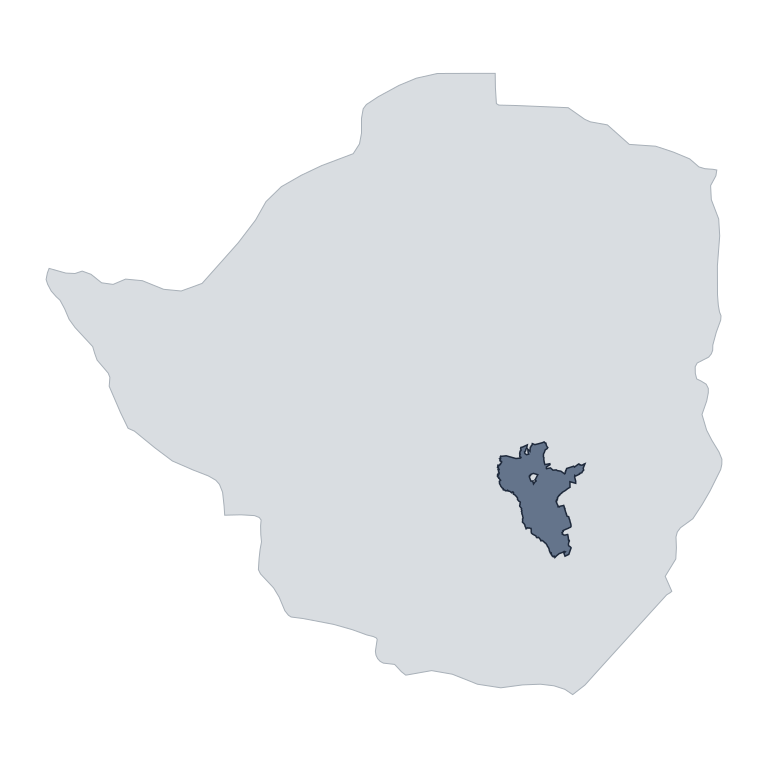 Masvingo, Masvingo, Zimbabwe shown in context
{"feature_id": "62879985B11590561680965", "entity_name": "Masvingo", "entity_type": "district", "adm_level": 2, "iso_a3": "ZWE", "parent_name": "Zimbabwe", "parent_adm1": "Masvingo", "projection": "mercator", "projection_center": [30.887, -20.31], "detail": "fine", "context": "in_parent", "style": "filled", "palette": "slate", "viewbox_px": 768, "rotation_deg": 0, "n_neighbors": 0, "source": "geoboundaries", "source_scale": "gbopen_adm2", "svg_char_len": 7982}
<svg xmlns="http://www.w3.org/2000/svg" viewBox="0 0 768 768"><path d="M572.7,694.6L564.8,689.3L554.0,685.8L540.4,684.2L522.6,684.9L500.8,687.8L477.4,684.2L452.3,674.2L431.6,670.6L406.8,675.0L405.7,675.1L401.4,671.7L394.6,664.4L383.3,663.1L380.2,661.4L377.7,658.7L376.0,655.2L375.4,651.3L377.2,639.3L376.2,637.9L373.2,636.5L367.0,635.0L352.1,629.6L333.3,624.3L302.9,618.5L291.1,617.0L288.4,615.2L284.9,610.8L279.1,597.0L273.6,587.9L260.5,573.9L258.4,569.6L259.1,558.5L260.1,549.5L261.5,541.9L260.8,534.8L260.6,525.9L261.1,520.0L259.3,517.5L254.5,515.6L241.0,514.8L224.7,515.2L224.1,506.2L222.6,492.3L219.5,484.4L215.8,480.2L208.3,475.9L193.1,470.0L172.4,461.0L154.7,447.7L134.4,431.1L128.1,428.3L120.6,412.8L109.2,386.3L109.9,377.4L108.2,373.1L97.1,360.1L94.7,353.4L92.7,346.6L75.1,327.6L69.1,319.3L64.6,308.7L60.0,300.2L56.2,296.7L51.2,291.0L47.7,284.4L46.1,279.5L47.4,272.9L49.1,268.4L65.9,273.1L75.0,273.5L82.2,271.1L91.0,274.3L101.6,282.8L113.1,284.4L125.6,279.1L142.4,280.7L163.6,289.3L181.2,291.0L202.1,283.4L220.8,262.4L238.3,242.7L255.6,220.0L266.0,201.6L281.3,186.7L301.4,175.2L321.9,165.5L353.2,153.7L359.5,143.9L361.5,133.2L361.5,118.4L363.2,108.8L366.4,104.5L371.6,101.1L378.4,96.6L399.0,85.4L416.3,78.2L437.3,73.5L460.4,73.4L482.6,73.4L495.2,73.4L495.4,87.6L496.4,103.6L498.8,105.1L515.5,105.5L542.3,106.6L568.2,107.7L584.7,119.3L590.2,121.8L607.4,124.9L629.3,144.4L655.6,146.2L673.7,152.2L689.7,158.9L698.9,166.9L704.9,168.7L712.9,169.3L716.8,170.0L715.9,175.8L710.6,185.6L711.3,199.6L718.7,219.0L719.7,235.9L717.4,265.8L717.5,294.8L718.3,305.1L719.5,312.0L721.0,315.8L720.7,320.1L716.3,332.2L712.8,345.1L712.7,350.2L711.3,353.9L708.7,357.1L697.2,363.0L695.2,366.7L695.3,373.3L696.7,378.9L701.0,381.0L706.2,384.2L708.3,388.4L708.3,392.8L706.7,401.0L702.0,414.5L706.6,430.1L711.8,440.2L719.0,452.0L721.9,459.2L721.8,464.4L720.7,469.5L710.0,491.0L702.3,504.3L692.9,518.7L680.5,527.7L677.3,532.0L676.0,536.9L676.4,547.7L675.8,559.0L665.2,576.3L671.8,591.3L670.3,592.6L666.7,594.8L651.4,611.6L635.9,628.7L624.6,641.2L611.7,655.4L597.3,671.3L585.0,685.0L572.7,694.6Z" fill="#d9dde1" stroke="#a8b0b8" stroke-width="1"/><path d="M585.0,463.7L583.6,464.3L582.4,465.1L581.1,465.2L580.2,464.9L580.1,464.7L579.8,464.7L579.5,464.6L578.9,463.9L578.0,464.4L574.4,467.1L573.7,466.2L566.6,468.5L566.4,469.5L566.1,469.9L566.1,470.3L565.7,470.6L565.7,471.2L565.4,471.6L565.5,471.9L565.3,472.0L565.1,473.0L565.2,473.4L564.6,473.9L560.9,471.2L557.3,470.6L556.3,469.9L553.0,470.2L550.5,467.9L546.5,468.7L546.3,468.2L546.5,467.8L546.4,466.9L550.0,464.7L549.8,463.7L544.9,464.6L544.4,462.9L543.8,459.6L543.9,457.5L543.4,456.9L543.5,453.9L544.3,452.5L545.2,449.9L547.2,448.6L547.8,447.5L546.9,446.6L546.7,446.6L546.8,446.6L546.2,444.7L545.9,443.2L545.5,443.2L545.3,442.9L544.9,442.7L544.7,442.7L544.5,442.3L544.1,441.9L542.4,442.7L537.9,443.9L535.0,444.6L534.8,444.6L532.3,443.6L532.1,444.8L531.7,445.5L531.1,446.0L531.0,446.7L530.3,447.3L530.0,451.3L527.8,449.2L528.1,452.1L528.7,454.2L526.5,454.7L525.1,453.7L524.6,452.9L524.8,452.1L524.6,451.8L525.6,450.9L525.9,449.2L526.4,448.6L526.8,448.5L526.9,446.7L527.3,444.9L522.0,447.3L521.6,447.3L521.2,447.3L520.9,447.4L520.8,447.7L520.8,448.0L520.6,448.4L521.0,449.9L521.0,450.5L520.7,450.8L520.3,450.9L520.2,451.0L520.2,451.5L520.1,451.8L519.9,452.0L519.8,452.6L520.0,453.3L519.7,453.6L519.6,453.9L519.9,454.6L520.1,454.7L519.8,455.2L519.7,456.3L519.9,456.7L520.8,457.1L521.0,457.4L521.0,457.6L520.5,457.8L520.4,458.1L515.9,458.5L506.2,455.8L501.6,456.3L500.8,456.1L500.7,456.6L500.4,456.8L500.2,457.0L500.4,457.4L500.4,457.8L500.7,458.2L500.3,458.7L499.7,458.8L500.3,459.6L500.0,460.1L500.3,460.4L500.5,460.3L500.6,460.8L500.3,461.0L500.6,461.2L501.2,461.9L501.6,461.7L501.7,462.0L501.3,462.4L501.3,462.7L500.9,463.4L500.7,463.6L500.4,463.9L500.4,464.5L500.2,464.6L499.9,464.4L499.5,465.1L499.3,465.3L499.0,465.3L498.2,465.1L498.1,465.6L497.9,465.4L497.8,465.7L497.8,466.5L497.5,467.3L497.8,467.5L498.4,467.3L498.0,469.5L498.3,469.6L499.0,469.2L499.2,469.6L498.4,470.4L498.6,471.2L498.5,472.0L499.1,472.4L499.0,472.9L499.2,473.2L499.0,474.0L498.0,473.9L497.6,474.5L497.5,474.9L497.7,475.2L498.1,475.4L497.4,476.1L498.1,477.2L498.7,477.3L498.7,478.2L499.3,478.4L499.5,479.0L500.6,480.2L500.6,480.3L500.4,480.3L500.3,480.5L499.4,481.2L499.3,481.9L499.6,482.8L499.5,483.7L500.2,484.7L500.8,486.2L502.2,488.0L503.3,488.6L503.4,489.0L503.1,489.4L503.2,489.8L503.4,489.9L504.6,490.0L505.0,490.2L505.3,490.7L505.5,490.8L505.8,490.7L506.3,490.8L506.6,490.8L507.6,490.2L508.0,490.6L508.0,491.0L509.2,491.2L510.0,491.4L511.2,492.4L511.6,492.8L511.9,492.7L512.1,492.2L512.4,491.9L512.8,491.9L513.1,492.0L513.6,492.8L513.3,493.7L513.4,494.1L513.8,494.4L514.4,494.5L514.9,494.9L515.4,495.6L516.4,496.4L516.9,497.2L517.3,497.5L517.5,497.9L517.5,499.5L518.9,501.2L520.1,501.9L520.3,502.1L520.3,502.7L520.0,503.4L520.1,504.4L519.7,505.2L519.7,505.9L519.8,506.3L521.5,508.4L521.6,508.6L521.3,509.3L521.9,510.8L521.6,511.1L521.4,511.4L522.0,512.8L522.0,513.2L521.8,513.7L522.5,515.2L522.8,517.0L523.1,517.6L523.0,518.2L522.5,519.0L522.6,519.5L522.6,520.2L522.7,521.0L522.4,522.0L522.7,522.4L523.7,523.3L524.6,524.5L524.8,524.9L525.1,526.4L525.8,527.7L526.0,528.8L526.6,528.7L526.9,528.2L527.4,527.8L527.8,527.9L528.4,528.1L529.3,527.9L530.4,528.5L531.0,528.4L531.1,528.6L531.1,529.2L531.3,529.8L531.2,530.7L531.2,531.9L531.5,533.2L532.7,534.2L533.6,534.6L534.1,535.0L535.0,535.4L535.7,535.8L536.0,536.1L536.2,536.9L536.9,537.7L537.3,537.7L538.1,537.3L538.5,537.4L539.3,538.2L540.3,539.4L540.9,540.9L541.1,540.9L541.5,540.4L542.2,540.5L543.5,541.4L544.8,542.8L545.4,543.0L545.6,543.1L546.4,544.2L546.8,544.9L547.1,545.2L547.5,546.4L547.8,546.6L548.7,548.1L549.0,548.8L549.4,550.8L550.4,553.1L550.5,553.1L550.6,552.9L550.8,552.6L551.2,552.7L551.3,552.9L551.3,553.7L551.0,553.9L551.0,554.0L551.4,554.4L551.4,554.8L551.9,555.2L552.3,556.1L552.7,556.2L553.0,556.6L553.2,556.8L553.7,556.3L553.9,556.4L554.4,556.2L554.7,556.6L554.6,556.9L554.8,557.2L554.9,557.5L556.5,555.8L559.2,553.6L560.1,553.3L562.8,552.3L564.2,551.4L565.3,551.8L563.9,553.1L565.0,556.2L568.8,554.4L570.5,549.5L571.1,547.9L570.9,547.5L570.3,546.9L569.4,546.2L568.9,546.0L568.5,545.3L568.5,544.7L568.4,544.2L568.7,542.6L568.9,542.0L569.4,541.0L569.3,540.5L568.8,540.7L568.6,540.6L568.6,539.9L568.4,539.5L568.4,538.6L568.3,538.1L568.3,537.5L567.9,535.5L567.8,534.7L567.7,534.5L567.3,534.5L565.1,535.1L564.3,535.1L563.6,534.9L563.1,534.5L562.3,534.1L562.6,533.3L562.5,533.0L562.0,532.7L562.2,532.4L563.3,531.4L563.3,531.1L563.0,530.6L563.4,530.4L566.0,529.2L568.3,528.3L568.8,527.9L570.3,527.3L570.8,526.9L571.0,526.6L571.0,525.1L570.7,523.6L570.1,521.8L569.7,519.8L569.2,518.8L568.8,516.9L568.5,516.6L567.2,516.3L566.9,516.0L566.5,514.3L566.2,514.0L566.3,513.5L566.1,513.2L565.5,511.6L565.2,510.3L564.8,509.4L564.7,509.0L565.0,508.8L564.9,508.5L564.7,508.0L564.3,507.8L564.2,506.8L563.7,505.4L562.7,505.7L560.6,506.1L559.7,506.4L559.5,506.9L559.2,506.9L559.1,506.6L558.6,506.8L558.0,506.7L558.2,506.3L558.1,505.8L557.8,505.4L557.3,504.2L556.8,503.4L556.7,502.7L556.4,502.3L556.6,501.9L556.6,501.6L556.1,501.2L556.4,500.8L556.4,500.3L556.5,500.1L557.2,500.0L557.0,499.4L557.3,499.1L557.5,499.0L557.6,498.4L557.4,498.1L557.5,497.4L558.2,496.6L558.4,496.6L558.5,496.2L558.7,495.8L559.3,495.5L559.2,495.2L559.4,495.0L559.7,495.1L560.0,494.4L561.4,493.3L561.9,492.7L562.1,492.7L562.2,492.4L562.5,492.2L565.5,490.4L567.6,488.7L569.0,487.9L569.5,487.5L570.0,487.3L569.9,481.7L575.7,483.3L575.7,481.1L574.6,477.0L574.8,475.4L575.7,476.0L579.6,474.1L579.5,473.5L581.9,472.7L582.3,471.7L582.7,471.1L583.0,470.9L583.7,470.1L583.2,468.2L585.0,463.7ZM533.5,473.4L537.8,474.7L535.3,479.5L535.0,479.8L535.6,480.3L535.6,480.6L535.9,480.6L536.1,480.8L536.0,481.2L535.8,481.2L534.3,482.6L534.3,483.0L533.5,484.0L532.9,481.4L531.8,481.7L532.6,481.0L530.9,481.1L529.3,476.8L529.8,476.2L529.5,476.2L529.4,475.9L530.5,474.7L530.7,475.0L531.4,474.1L533.5,473.4Z" fill="#64748b" stroke="#1e293b" stroke-width="1.5"/></svg>